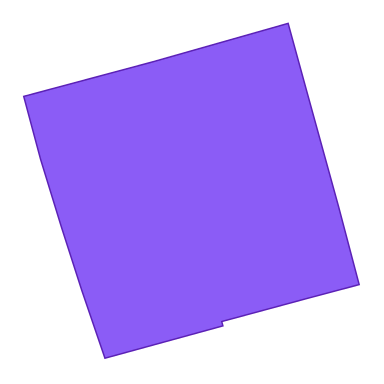 outline of Ingham, Michigan, United States of America, rotated 165°
{"feature_id": "52423323B68700742092753", "entity_name": "Ingham", "entity_type": "district", "adm_level": 2, "iso_a3": "USA", "parent_name": "United States of America", "parent_adm1": "Michigan", "projection": "equal_earth", "projection_center": [-84.365, 42.599], "detail": "fine", "context": "isolated", "style": "filled", "palette": "violet", "viewbox_px": 384, "rotation_deg": 165, "n_neighbors": 0, "source": "geoboundaries", "source_scale": "gbopen_adm2", "svg_char_len": 329}
<svg xmlns="http://www.w3.org/2000/svg" viewBox="0 0 384 384"><g transform="rotate(165 192 192)"><path d="M196.8,54.7L196.8,59.2L108.3,59.4L54.5,59.3L54.2,140.3L55.1,261.8L55.5,330.0L196.1,327.9L329.8,327.9L329.8,262.7L327.2,191.7L323.9,125.1L319.1,54.0L196.8,54.7Z" fill="#8b5cf6" stroke="#5b21b6" stroke-width="1.5"/></g></svg>